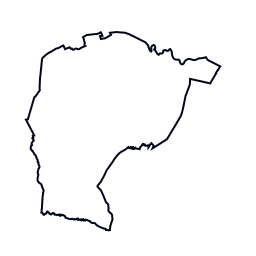 Volovat, Suceava, Romania (Albers equal-area conic projection), rotated 352°
{"feature_id": "2599482B46518062249673", "entity_name": "Volovat", "entity_type": "district", "adm_level": 2, "iso_a3": "ROU", "parent_name": "Romania", "parent_adm1": "Suceava", "projection": "albers", "projection_center": [25.892, 47.801], "detail": "fine", "context": "isolated", "style": "outline", "palette": "ink", "viewbox_px": 256, "rotation_deg": 352, "n_neighbors": 0, "source": "geoboundaries", "source_scale": "gbopen_adm2", "svg_char_len": 5565}
<svg xmlns="http://www.w3.org/2000/svg" viewBox="0 0 256 256"><g transform="rotate(352 128 128)"><path d="M95.9,226.6L96.1,225.3L96.1,224.8L96.4,224.4L96.6,223.6L96.7,222.7L96.9,222.6L97.7,220.8L98.0,220.5L98.3,219.5L99.3,217.6L99.7,217.1L99.9,216.6L100.1,212.1L100.0,211.4L99.2,210.2L98.6,209.6L98.2,209.0L97.7,208.4L97.1,207.2L97.1,206.8L97.3,205.9L97.6,205.3L97.6,203.9L97.7,203.5L97.6,202.4L97.7,202.1L97.8,200.9L96.9,199.6L95.9,198.6L94.0,190.8L92.5,185.9L89.7,182.0L89.7,181.1L93.6,177.5L98.1,171.4L100.8,167.1L107.7,159.8L108.3,159.2L109.9,157.2L111.2,155.8L114.2,153.1L115.7,151.9L118.0,150.6L119.2,150.3L120.9,149.5L122.3,149.1L125.7,146.9L126.3,148.1L126.9,148.0L127.5,148.2L128.0,148.5L128.1,147.2L128.7,147.3L129.1,147.5L130.3,147.6L130.1,148.6L130.6,148.7L130.4,149.6L131.2,149.6L131.7,149.5L132.0,149.3L132.5,148.6L132.9,149.1L133.5,149.5L136.6,150.6L137.3,148.9L139.2,147.2L140.6,145.8L142.0,146.5L141.3,147.0L141.8,147.5L142.8,148.0L143.3,148.1L145.7,148.0L145.5,150.1L148.3,146.8L148.6,146.9L149.1,146.4L151.0,149.3L149.5,151.5L151.9,150.5L164.7,144.7L165.3,144.2L175.2,132.0L181.6,123.9L182.6,122.4L183.1,121.3L185.3,116.1L189.4,104.4L193.4,97.1L195.3,93.5L195.5,92.8L196.3,88.0L207.8,92.3L215.7,95.3L217.0,93.4L222.7,86.4L222.5,86.2L224.9,83.1L225.2,83.2L227.9,79.8L219.8,74.1L217.7,72.7L216.3,71.5L215.6,70.2L215.1,68.8L212.1,69.1L209.5,69.1L207.7,68.9L205.1,69.8L203.2,70.0L201.0,69.3L199.4,68.4L197.4,68.0L196.0,68.4L194.4,69.1L193.1,70.3L192.4,71.6L191.6,72.3L190.5,72.5L189.7,72.2L189.0,71.2L188.5,69.9L188.5,68.8L188.3,68.0L187.4,67.3L185.7,67.1L184.7,66.8L183.4,66.1L182.7,65.2L182.2,63.6L181.8,61.8L181.9,58.1L181.3,56.6L180.8,55.7L180.1,55.8L179.6,56.2L179.3,56.7L178.3,57.1L177.3,57.1L176.9,56.6L176.0,56.0L174.4,56.1L173.7,56.3L173.5,56.7L173.5,57.4L173.3,58.0L172.8,58.4L171.7,59.0L169.9,58.6L169.2,59.1L168.6,59.8L168.1,59.5L167.6,59.0L167.1,58.0L165.8,55.2L165.4,54.7L164.8,54.0L165.0,53.6L165.9,53.2L166.1,52.6L166.1,51.2L165.7,49.9L165.3,49.5L164.3,49.5L163.2,50.0L162.3,51.1L162.1,52.7L162.0,55.1L161.6,55.5L161.1,55.3L160.2,53.6L159.3,48.9L158.4,47.4L157.0,45.4L153.7,43.2L147.1,38.6L142.1,35.2L137.9,33.1L133.7,32.3L130.3,31.4L123.4,31.2L124.2,33.4L117.9,36.0L115.5,36.0L113.5,36.1L113.5,35.4L113.1,33.1L115.5,33.1L114.6,30.0L114.3,29.4L112.9,30.0L111.6,30.4L110.5,30.5L108.9,30.4L107.4,30.4L103.3,30.3L101.5,30.2L99.8,30.2L99.4,30.4L96.1,31.8L96.4,32.8L96.6,33.9L96.7,35.1L96.8,36.2L96.9,36.9L97.2,37.8L96.6,38.8L96.4,39.4L96.4,39.9L96.5,40.3L97.1,40.8L96.6,41.0L95.9,41.1L94.8,41.5L93.5,41.8L91.8,42.5L90.9,43.0L90.1,43.1L89.5,43.1L88.5,42.4L87.9,42.2L87.3,42.1L86.6,42.2L85.3,42.8L84.7,42.9L84.2,42.8L83.8,42.0L83.4,41.4L82.3,41.5L81.3,39.9L80.5,40.2L78.7,40.6L76.7,41.2L76.6,40.8L75.5,37.3L74.0,37.7L70.4,39.1L67.7,39.4L63.6,41.3L59.6,42.7L55.8,44.8L53.4,46.6L52.6,47.4L51.5,51.7L48.8,62.8L47.8,66.5L46.8,71.8L46.0,76.2L45.9,78.4L45.1,79.3L43.5,80.9L41.5,83.1L40.0,84.3L39.4,84.7L36.1,92.1L31.9,101.3L30.1,105.5L28.1,105.5L30.7,112.8L34.1,122.3L32.7,122.5L33.0,124.2L32.9,124.4L32.2,124.5L31.8,124.8L31.8,125.0L32.5,125.9L32.8,126.5L32.7,127.0L32.8,127.2L32.6,127.3L32.7,127.6L32.2,127.8L31.0,129.0L30.5,129.8L30.4,130.3L30.4,130.8L30.7,131.3L30.7,131.5L30.2,131.9L29.8,131.9L29.6,132.2L29.3,132.9L28.9,134.1L28.8,135.0L28.9,135.8L29.2,136.1L29.5,136.4L29.6,136.9L29.7,137.1L30.2,137.2L30.4,137.5L30.7,138.5L31.2,139.6L31.4,140.0L31.5,140.5L31.8,141.2L32.2,141.5L32.6,142.2L32.9,142.9L33.1,143.4L33.0,144.0L33.1,144.3L33.4,144.8L33.4,145.1L33.3,145.5L33.6,146.1L34.1,147.0L34.2,147.5L34.1,148.0L33.8,148.5L33.9,148.9L34.1,149.3L34.5,149.7L34.6,150.0L34.2,151.1L34.4,151.6L34.5,151.9L34.7,152.5L34.7,153.1L35.0,153.7L35.0,154.0L34.7,154.7L34.3,155.2L33.6,156.2L32.4,159.2L32.4,160.3L32.6,161.2L32.7,162.0L32.4,162.7L32.1,163.4L31.4,165.4L31.3,166.0L31.2,167.5L31.3,168.0L31.5,168.4L31.7,168.9L32.1,169.5L32.9,170.5L33.6,170.9L34.0,171.3L34.3,171.8L34.4,172.2L34.4,172.6L34.6,172.9L34.7,173.3L34.6,174.0L34.6,174.3L35.1,175.4L35.6,177.8L35.7,178.4L35.6,179.1L34.9,180.4L33.5,185.8L33.4,186.9L33.2,187.1L32.6,190.5L31.7,194.8L30.5,199.7L31.0,199.7L31.5,200.1L31.7,200.5L31.7,201.2L32.2,202.0L32.5,202.2L32.8,202.3L33.2,201.7L34.2,201.6L34.9,201.4L35.3,200.7L36.3,199.5L36.7,199.5L36.9,199.6L36.9,199.9L37.2,200.6L37.5,200.8L37.9,200.8L38.1,200.9L38.1,201.1L38.1,201.6L38.5,202.2L39.4,202.8L39.8,202.9L40.6,202.3L41.8,201.7L42.1,201.7L42.4,201.9L42.8,202.1L43.0,202.4L43.1,202.7L43.0,203.3L43.2,203.6L43.5,203.7L44.3,203.6L44.7,203.8L45.1,204.1L47.0,204.4L47.7,204.1L47.9,204.0L48.1,204.0L48.3,204.2L48.5,204.6L48.5,204.9L48.3,205.3L48.4,205.5L48.6,205.5L48.9,205.5L49.1,204.8L49.2,204.6L49.5,204.6L49.8,204.6L50.4,205.2L50.5,205.2L51.1,204.9L51.4,205.0L52.1,205.7L52.7,206.0L53.2,206.3L53.4,206.7L53.6,208.1L56.3,209.5L58.9,210.4L59.4,210.4L59.6,210.1L60.0,210.0L61.2,210.9L61.8,211.1L62.1,211.0L62.5,210.7L62.8,210.7L63.0,210.9L63.2,211.2L63.5,211.2L64.5,211.0L65.5,210.5L65.9,210.7L66.0,211.0L66.0,211.4L65.6,211.9L65.8,212.1L66.3,212.2L66.9,212.1L67.5,212.0L68.4,211.9L68.9,212.0L68.6,212.4L68.6,212.6L68.6,212.8L68.9,213.1L69.2,213.1L70.3,212.2L70.8,212.1L70.8,212.5L71.1,213.1L71.3,213.4L71.5,213.3L71.5,213.1L71.9,213.2L72.4,213.7L72.6,213.7L72.8,213.5L73.0,213.2L72.9,212.9L73.0,212.8L73.3,213.0L74.2,213.2L75.7,214.2L76.3,214.5L77.0,214.7L77.3,215.3L77.9,216.0L78.6,216.4L79.1,217.0L79.3,217.2L81.1,217.3L81.9,217.6L83.7,220.2L84.2,220.3L85.6,221.6L90.3,224.4L91.0,224.4L91.7,224.7L92.1,225.2L92.0,225.6L92.0,225.9L92.3,226.0L92.7,225.9L94.3,226.6L95.9,226.6Z" fill="none" stroke="#020617" stroke-width="2"/></g></svg>